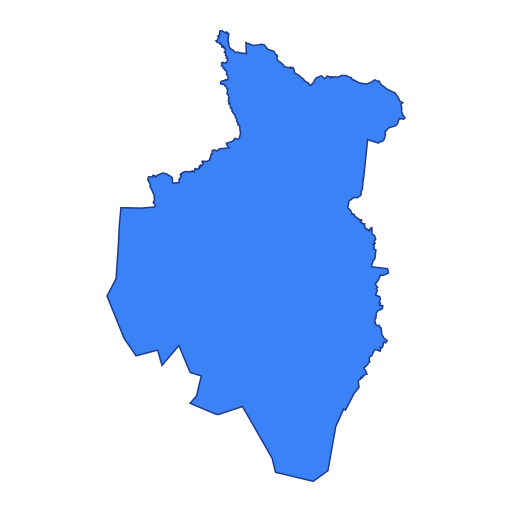 Huejotitán, Chihuahua, Mexico (Robinson projection)
{"feature_id": "50627088B75721726599609", "entity_name": "Huejotitán", "entity_type": "district", "adm_level": 2, "iso_a3": "MEX", "parent_name": "Mexico", "parent_adm1": "Chihuahua", "projection": "robinson", "projection_center": [-106.036, 27.072], "detail": "fine", "context": "isolated", "style": "filled", "palette": "blue", "viewbox_px": 512, "rotation_deg": 0, "n_neighbors": 0, "source": "geoboundaries", "source_scale": "gbopen_adm2", "svg_char_len": 5960}
<svg xmlns="http://www.w3.org/2000/svg" viewBox="0 0 512 512"><path d="M370.7,82.5L366.3,84.0L361.8,83.4L358.2,82.5L354.1,79.9L352.9,80.2L352.1,79.4L351.7,78.0L347.3,76.3L346.6,75.6L341.3,75.4L340.3,76.3L336.5,77.3L334.7,76.7L333.0,77.4L332.0,76.6L331.3,76.6L330.7,77.7L329.5,76.8L327.4,76.1L326.5,76.5L326.3,77.7L324.7,78.5L321.2,75.8L315.9,78.2L315.4,79.4L314.7,79.7L314.3,81.4L310.8,85.5L310.0,84.8L309.2,84.6L308.4,83.0L305.8,81.7L303.6,79.6L303.6,79.2L299.8,76.3L299.2,75.4L295.0,73.2L294.5,72.3L294.0,69.1L292.8,67.5L292.0,67.3L291.6,68.3L290.7,68.1L290.1,67.2L289.7,67.8L289.1,67.8L284.0,66.6L283.9,65.6L282.9,64.5L280.1,62.0L277.7,60.6L276.8,57.5L277.5,56.7L277.4,55.9L277.0,55.1L275.5,54.3L274.3,51.9L273.6,51.2L267.8,49.3L264.3,44.9L260.8,44.3L258.4,45.0L253.1,45.4L251.0,44.8L249.4,43.7L246.7,43.4L245.9,41.8L246.3,53.6L238.9,52.7L238.1,52.1L235.6,52.5L232.4,49.7L230.9,49.1L230.5,48.2L229.9,48.3L228.8,45.7L228.8,43.4L228.3,43.3L228.4,42.0L228.0,41.4L228.4,41.1L228.0,39.8L228.8,34.0L227.9,33.8L227.7,32.8L226.7,33.3L226.6,32.4L226.2,32.6L226.1,32.1L225.5,32.5L224.4,32.3L222.1,30.7L219.7,30.9L219.6,34.6L217.9,36.2L218.9,36.6L219.2,37.3L217.6,39.0L217.5,40.4L216.0,40.8L216.9,42.1L219.2,43.0L220.3,42.9L220.3,44.3L221.2,44.4L221.8,45.4L221.7,47.0L222.2,47.1L223.2,46.0L223.6,46.6L223.4,47.2L223.6,47.7L224.3,48.3L224.8,47.6L225.1,47.9L225.6,50.5L224.5,51.7L224.4,52.6L225.6,52.9L225.8,54.1L225.5,55.5L227.0,56.5L226.9,57.3L226.3,58.0L227.6,58.5L227.9,59.8L225.7,63.2L222.7,62.4L222.2,63.1L221.6,63.0L221.9,65.5L221.5,65.8L222.9,66.6L223.3,68.5L225.0,68.4L225.0,70.4L227.0,71.4L226.3,74.0L228.2,76.7L227.9,79.5L226.8,79.6L226.7,80.2L225.3,79.7L224.4,80.5L221.5,81.1L220.9,81.7L220.6,83.8L222.7,84.5L223.7,84.0L225.1,86.0L226.1,86.2L226.7,88.3L227.7,89.1L227.3,90.7L227.5,92.5L226.8,93.6L228.1,94.9L228.7,96.5L228.7,98.0L229.2,98.2L228.4,99.8L228.4,101.3L229.6,102.4L228.7,103.7L229.5,103.7L229.9,104.3L230.4,106.3L230.3,107.5L231.0,107.6L231.3,108.9L232.1,109.1L232.0,111.4L232.9,112.2L233.3,113.3L234.1,113.8L234.4,114.7L235.3,115.4L235.3,117.0L236.1,117.5L236.2,118.7L236.9,119.4L236.6,120.9L237.4,122.6L238.1,122.8L237.9,124.9L239.5,125.5L240.5,133.4L239.4,137.8L238.6,139.0L237.8,139.2L235.0,138.3L232.8,141.2L226.3,143.3L226.7,144.8L229.2,147.9L219.3,148.8L216.8,151.2L214.8,149.9L214.3,150.3L212.5,150.3L212.1,151.3L212.4,152.6L211.8,153.6L212.0,154.3L211.1,154.4L210.7,155.4L210.9,156.5L210.1,157.5L210.4,158.7L209.7,159.1L209.6,160.2L208.3,160.4L207.4,161.5L202.2,161.2L202.1,162.3L203.1,162.6L203.2,163.2L202.0,165.6L200.6,165.0L199.6,165.9L200.2,166.8L199.0,167.4L199.6,168.0L199.5,168.6L197.2,169.4L196.9,168.9L195.1,168.6L194.1,171.2L194.2,171.9L192.1,170.9L191.7,171.6L190.2,171.5L189.8,172.0L188.8,172.1L188.2,171.6L186.8,171.4L186.2,172.0L184.5,171.7L182.2,172.7L182.0,173.7L181.0,173.7L180.3,174.3L180.6,175.5L181.0,175.5L180.9,177.1L179.6,178.5L179.3,179.8L178.9,179.8L179.2,182.6L172.8,183.2L172.4,181.4L172.5,178.5L171.8,177.2L166.4,173.8L162.8,173.0L157.0,175.4L156.2,176.9L153.6,175.2L152.9,175.5L153.3,176.6L152.7,177.2L149.5,176.6L148.4,177.0L147.8,179.8L150.5,184.9L150.0,186.0L150.2,187.2L150.9,188.0L154.0,194.9L154.5,199.9L153.2,202.5L155.6,205.6L154.6,207.0L141.6,208.1L120.9,207.7L119.2,227.1L118.5,242.8L116.1,278.6L107.0,296.0L124.1,338.3L136.0,355.8L157.6,350.1L162.0,365.4L178.9,345.6L190.2,372.5L201.3,375.9L196.5,395.9L190.1,403.3L215.9,414.2L218.0,414.6L242.5,406.5L272.0,458.0L275.6,472.3L313.2,481.3L327.9,470.7L335.8,426.4L343.7,408.9L345.5,410.1L354.0,393.6L357.6,389.2L357.9,388.0L358.7,387.9L359.1,386.6L358.5,383.7L358.4,380.7L358.8,380.1L360.3,379.3L360.8,377.3L361.9,378.0L362.5,377.5L363.1,375.8L363.7,376.0L364.3,374.9L367.0,374.1L365.4,370.1L364.2,369.5L364.1,367.6L364.6,366.7L365.3,366.9L365.9,366.4L368.0,364.0L368.5,362.4L369.8,362.0L369.1,360.1L369.5,357.3L370.3,356.3L371.6,355.9L374.4,350.0L374.9,349.7L376.0,349.7L380.3,351.2L380.2,350.4L380.8,349.2L380.0,347.4L382.2,347.6L383.2,345.3L383.2,342.8L384.2,342.3L385.5,342.9L385.8,342.0L386.8,341.6L387.2,340.5L386.1,340.2L385.6,339.2L383.7,337.9L382.8,335.9L381.8,334.7L381.2,328.0L379.8,327.3L379.8,326.2L379.2,325.3L377.4,325.6L376.1,325.2L376.1,324.4L375.3,323.8L375.3,321.7L374.6,320.0L376.1,317.7L375.7,316.6L376.2,315.8L376.3,312.9L377.7,311.1L379.7,309.6L380.6,309.8L382.2,308.8L382.9,305.9L382.7,305.6L379.6,305.4L380.5,303.6L380.1,302.8L379.0,302.4L380.3,299.8L379.8,296.7L378.7,296.1L377.8,296.5L377.2,295.5L375.6,295.1L375.6,294.4L377.4,290.7L376.4,288.9L376.5,288.4L377.6,287.5L375.3,284.3L376.3,282.6L377.5,281.5L380.6,275.2L383.2,275.3L388.6,273.0L387.5,268.7L371.8,266.8L371.5,265.3L372.7,262.8L372.9,260.3L374.3,259.7L375.0,258.1L375.9,249.8L374.0,249.0L373.5,248.2L374.1,247.9L373.9,246.5L374.1,246.1L373.4,245.3L373.2,244.1L374.4,244.2L375.1,243.3L374.7,242.8L374.3,240.6L375.7,239.5L374.7,236.0L374.2,235.2L373.0,234.8L371.9,233.3L371.8,231.7L372.1,231.1L371.8,227.5L370.5,228.3L370.5,229.7L369.0,229.6L368.8,230.9L366.3,228.4L364.9,228.4L364.7,226.9L365.0,226.1L364.0,225.0L364.6,223.9L363.1,223.8L361.7,222.4L360.7,222.5L360.5,222.0L360.5,221.2L361.7,220.4L361.5,219.6L359.8,220.1L358.9,219.0L357.3,218.2L356.7,217.3L355.1,216.9L354.4,215.7L354.6,214.8L354.1,214.4L352.5,214.3L352.8,214.1L351.7,213.1L350.6,210.3L347.9,207.9L347.8,206.6L348.8,203.4L348.6,202.5L348.9,201.2L349.7,200.3L351.5,199.5L352.3,198.4L353.8,197.6L356.8,197.7L358.9,196.7L360.6,195.5L361.2,194.3L360.9,192.5L362.4,188.9L363.4,177.6L363.7,177.7L367.6,139.7L378.6,143.1L379.1,142.2L382.0,141.3L383.5,140.4L384.3,139.2L384.2,138.1L384.8,137.5L384.7,136.6L385.6,134.7L385.1,132.0L387.9,128.5L389.2,127.7L395.5,125.8L397.6,123.7L399.1,118.5L400.1,118.9L401.6,118.6L403.2,119.3L404.7,118.4L405.0,117.7L402.8,114.9L401.6,111.3L401.8,107.4L401.0,105.3L401.3,103.6L402.7,102.8L399.6,100.9L398.5,98.0L395.2,93.1L387.0,89.1L380.5,84.0L379.4,81.4L378.5,80.9L377.1,81.4L376.4,80.6L374.9,79.8L370.7,82.5Z" fill="#3b82f6" stroke="#1e3a8a" stroke-width="1.5"/></svg>